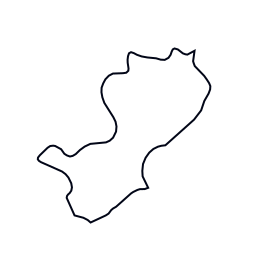 SVG path tracing the border of Bắc Giang, rotated 308°
{"feature_id": "VNM-470", "entity_name": "Bắc Giang", "entity_type": "Province", "adm_level": 1, "iso_a3": "VNM", "parent_name": "Vietnam", "parent_adm1": "", "projection": "natural_earth1", "projection_center": [106.489, 21.384], "detail": "fine", "context": "isolated", "style": "outline", "palette": "ink", "viewbox_px": 256, "rotation_deg": 308, "n_neighbors": 0, "source": "natural_earth", "source_scale": "10m", "svg_char_len": 1360}
<svg xmlns="http://www.w3.org/2000/svg" viewBox="0 0 256 256"><g transform="rotate(308 128 128)"><path d="M229.8,132.9L220.7,138.2L219.5,139.9L217.9,142.5L216.0,155.9L214.7,160.3L213.3,164.3L211.7,167.1L208.9,169.0L204.7,170.3L196.3,171.5L186.9,174.8L175.3,174.9L137.4,168.1L134.5,165.2L131.7,163.1L127.1,160.9L121.7,159.9L115.4,160.2L108.9,162.0L103.0,165.7L98.9,169.3L93.3,180.7L90.2,178.8L87.1,175.0L84.9,173.5L80.8,171.5L78.4,170.7L58.6,167.1L55.4,165.8L53.0,165.3L48.6,165.4L45.4,164.3L30.5,156.7L30.7,152.9L29.8,148.1L26.2,139.7L35.2,122.7L36.9,121.8L38.7,121.7L40.8,122.1L43.7,121.9L46.7,120.4L49.5,117.3L52.3,111.5L53.2,107.2L53.1,102.8L47.5,80.4L47.3,78.0L47.8,76.2L49.3,75.3L52.2,75.3L62.9,76.8L65.9,77.8L68.0,79.9L69.0,81.7L70.1,88.4L68.5,93.7L68.8,96.8L69.8,99.8L72.0,101.6L75.3,102.9L81.1,103.7L86.7,105.3L92.3,108.1L103.1,119.5L106.7,121.4L111.2,122.2L117.8,120.8L122.1,118.0L125.3,114.3L127.5,109.8L133.2,93.9L136.4,88.9L139.8,85.1L143.5,82.4L147.9,81.0L152.5,80.2L157.4,80.7L161.6,82.6L168.1,90.3L170.5,92.6L173.3,93.0L175.2,91.8L179.2,87.6L181.6,85.6L184.6,83.8L187.5,82.8L189.6,83.7L190.6,86.5L191.2,90.0L192.8,94.7L195.5,99.8L200.2,107.2L202.0,111.7L204.3,115.0L208.2,116.7L211.9,116.5L215.1,115.4L217.5,114.9L219.3,115.7L220.6,118.9L220.6,125.3L221.4,127.8L222.4,129.6L229.8,132.9Z" fill="none" stroke="#020617" stroke-width="2"/></g></svg>